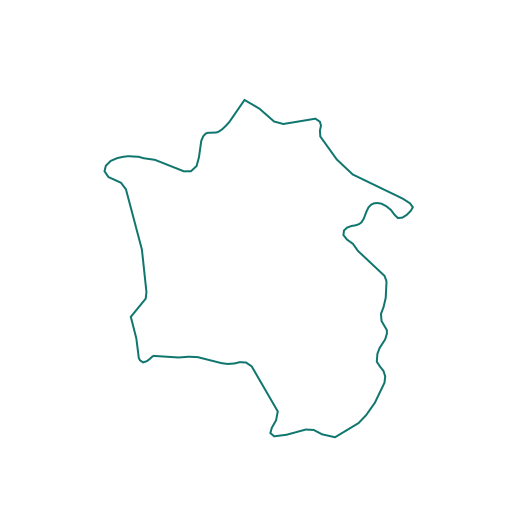 outline of Constantine, rotated 29°
{"feature_id": "DZA-2217", "entity_name": "Constantine", "entity_type": "Province", "adm_level": 1, "iso_a3": "DZA", "parent_name": "Algeria", "parent_adm1": "", "projection": "natural_earth1", "projection_center": [6.733, 36.357], "detail": "fine", "context": "isolated", "style": "outline", "palette": "teal", "viewbox_px": 512, "rotation_deg": 29, "n_neighbors": 0, "source": "natural_earth", "source_scale": "10m", "svg_char_len": 1550}
<svg xmlns="http://www.w3.org/2000/svg" viewBox="0 0 512 512"><g transform="rotate(29 256 256)"><path d="M378.1,211.1L382.0,214.5L382.9,215.8L389.7,229.6L392.3,238.7L393.4,246.1L397.3,252.0L406.4,257.4L408.1,260.4L409.4,266.3L408.7,276.5L409.6,282.7L412.9,289.9L418.1,292.6L423.2,294.7L427.4,298.7L429.8,304.5L431.1,326.7L429.5,341.7L426.7,352.4L413.0,376.2L400.3,379.9L390.7,380.2L383.6,383.7L369.3,397.6L359.3,404.9L354.4,403.9L353.1,398.6L353.2,389.9L350.4,381.4L305.7,354.6L298.9,354.0L293.3,356.7L289.2,360.5L283.5,364.2L277.9,366.4L254.1,372.7L246.2,376.6L237.5,382.3L214.9,393.0L214.0,394.4L213.2,397.0L211.6,400.8L208.8,403.8L205.2,403.5L203.0,402.1L191.3,386.1L176.0,369.9L180.2,346.8L177.7,340.7L153.1,305.7L110.0,260.8L102.4,257.4L88.7,258.5L82.4,255.3L80.9,249.8L82.8,243.3L87.3,237.5L91.8,233.6L95.8,230.7L105.3,226.1L110.2,225.0L121.0,220.9L151.9,216.9L158.0,213.4L160.4,206.1L158.2,197.2L152.3,181.8L151.8,176.8L152.7,173.2L154.2,171.6L161.3,167.3L163.1,165.3L164.9,161.8L166.5,156.8L167.7,151.6L170.3,125.1L187.6,125.5L206.6,129.6L215.9,127.3L241.4,107.1L246.8,107.6L249.6,110.4L251.1,115.3L254.3,120.3L279.8,132.4L301.1,137.8L356.8,134.7L365.2,135.3L369.5,137.3L369.5,141.2L368.0,146.7L365.5,151.4L361.8,154.0L357.5,152.9L351.6,150.3L345.8,149.3L340.5,149.4L336.7,150.7L333.8,152.6L331.8,155.3L330.8,159.1L331.1,163.8L332.1,170.7L332.1,172.6L331.8,175.8L330.5,178.4L328.1,181.0L324.9,183.5L321.9,187.0L320.6,191.0L322.3,195.3L327.5,197.5L335.0,198.4L342.6,202.1L378.1,211.1Z" fill="none" stroke="#0f766e" stroke-width="2"/></g></svg>